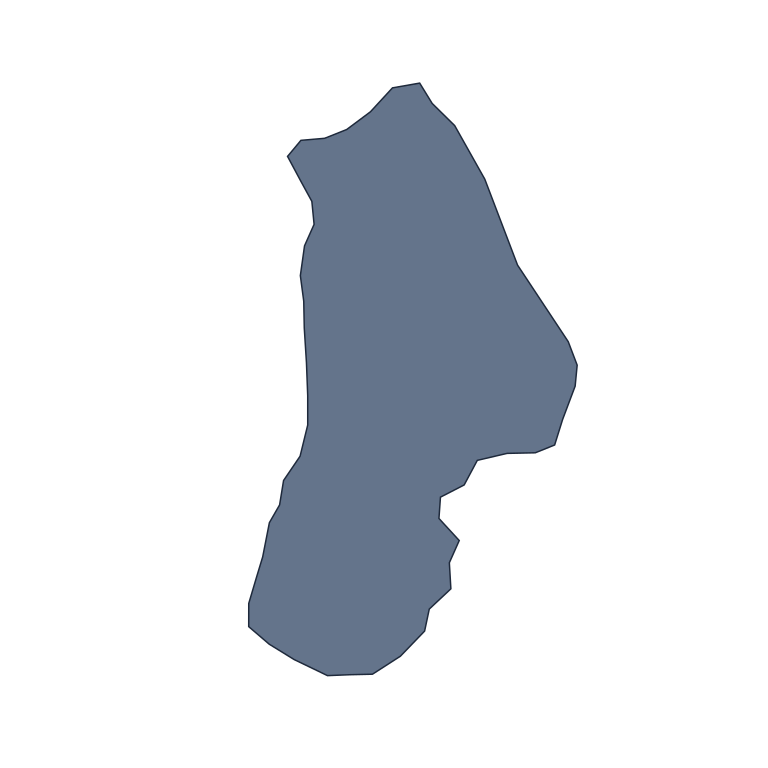 outline of Toritama, Pernambuco, Brazil, rotated 114°
{"feature_id": "56859067B57847263515517", "entity_name": "Toritama", "entity_type": "district", "adm_level": 2, "iso_a3": "BRA", "parent_name": "Brazil", "parent_adm1": "Pernambuco", "projection": "equal_earth", "projection_center": [-36.051, -8.001], "detail": "fine", "context": "isolated", "style": "filled", "palette": "slate", "viewbox_px": 768, "rotation_deg": 114, "n_neighbors": 0, "source": "geoboundaries", "source_scale": "gbopen_adm2", "svg_char_len": 794}
<svg xmlns="http://www.w3.org/2000/svg" viewBox="0 0 768 768"><g transform="rotate(114 384 384)"><path d="M653.8,276.5L626.0,258.3L593.2,246.4L571.2,251.1L543.9,239.6L520.7,251.6L496.4,251.6L484.5,279.1L464.4,286.4L443.6,269.7L415.8,267.7L397.3,243.3L385.3,217.8L370.3,203.3L343.7,206.4L308.2,208.5L288.2,215.2L270.4,232.9L221.1,310.3L155.9,375.2L119.2,424.5L108.1,454.1L94.6,473.8L110.0,496.7L140.8,507.1L166.7,521.6L183.7,538.2L195.2,559.0L215.3,564.7L233.0,541.9L246.5,524.2L266.6,512.8L290.1,512.8L319.0,504.5L341.0,491.0L365.3,479.6L396.1,463.5L425.8,448.9L452.5,437.0L484.1,431.3L513.0,436.5L536.9,430.2L557.3,432.3L591.3,424.5L612.1,421.9L639.5,418.3L660.7,408.9L668.4,383.0L672.3,353.9L673.4,317.0L663.4,296.8L653.8,276.5Z" fill="#64748b" stroke="#1e293b" stroke-width="1.5"/></g></svg>